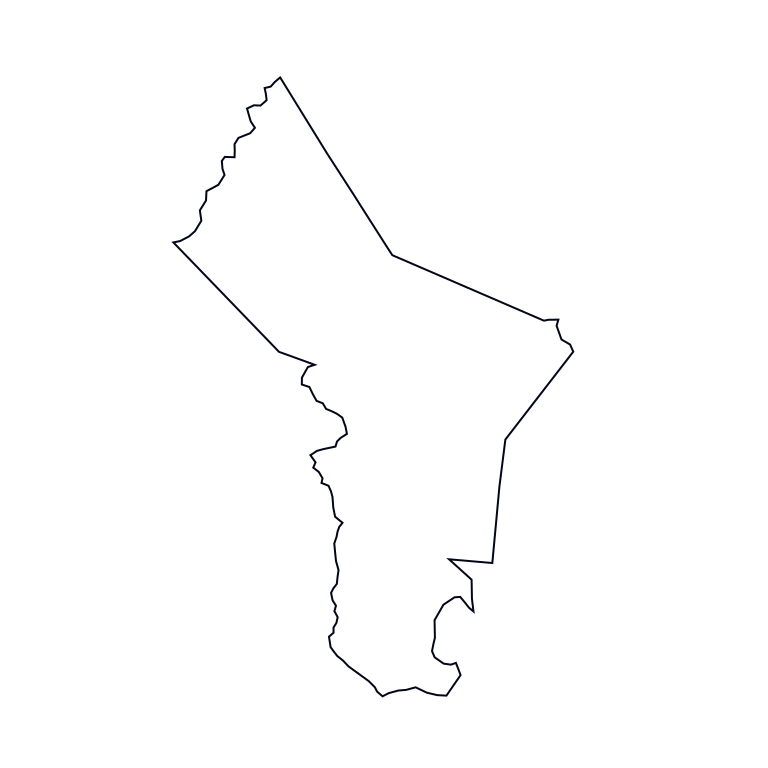 Carnaíba, Pernambuco, Brazil, rotated 173°
{"feature_id": "56859067B38312935783523", "entity_name": "Carnaíba", "entity_type": "district", "adm_level": 2, "iso_a3": "BRA", "parent_name": "Brazil", "parent_adm1": "Pernambuco", "projection": "albers", "projection_center": [-37.706, -7.797], "detail": "fine", "context": "isolated", "style": "outline", "palette": "ink", "viewbox_px": 768, "rotation_deg": 173, "n_neighbors": 0, "source": "geoboundaries", "source_scale": "gbopen_adm2", "svg_char_len": 1780}
<svg xmlns="http://www.w3.org/2000/svg" viewBox="0 0 768 768"><g transform="rotate(173 384 384)"><path d="M346.6,98.4L351.8,97.3L358.9,99.2L367.0,106.5L368.9,113.0L366.5,120.3L364.4,125.9L362.6,143.4L351.9,157.7L340.0,163.7L334.3,163.4L330.1,156.9L326.9,151.6L322.9,147.3L322.9,160.0L320.9,179.1L340.8,202.1L298.3,193.1L281.9,268.3L270.3,314.1L192.2,393.0L194.5,400.5L202.4,406.5L205.6,420.8L203.1,426.6L212.6,427.7L217.6,427.4L360.0,510.8L363.9,518.7L386.2,565.4L389.9,573.3L412.2,619.3L449.7,700.9L455.4,697.2L460.2,693.0L466.4,692.3L465.9,686.3L465.9,680.0L472.7,675.4L479.1,676.5L486.4,674.1L484.3,660.9L480.9,654.0L486.3,649.2L493.2,647.4L498.5,646.0L503.1,640.3L503.7,633.9L504.7,627.3L514.4,628.8L517.8,625.1L518.1,617.3L516.8,610.9L524.1,601.9L536.7,597.0L538.3,587.8L545.6,578.8L545.4,568.3L553.0,558.7L559.6,554.2L564.5,552.4L569.0,550.7L575.8,550.2L494.3,442.0L484.3,428.7L474.4,423.7L450.5,411.5L457.5,410.1L464.7,400.3L465.6,393.5L458.4,390.1L455.9,382.7L453.0,375.5L447.1,372.3L444.5,366.3L439.1,363.3L434.4,360.2L429.5,355.7L427.4,346.2L426.9,339.0L433.6,335.8L437.6,332.7L439.8,327.8L451.8,326.8L458.7,325.8L465.7,322.3L461.5,314.6L464.4,309.6L459.4,304.6L456.5,297.9L458.1,293.4L451.5,289.8L449.7,283.9L448.9,278.3L449.4,267.5L448.7,258.2L442.1,251.3L445.8,247.7L448.0,243.4L449.7,238.1L452.8,231.7L453.1,220.7L453.2,214.1L451.8,204.8L453.6,198.2L455.2,191.3L459.2,187.3L462.0,183.1L461.4,175.6L458.7,169.8L460.9,164.6L458.4,158.2L460.4,152.6L463.8,148.4L464.4,143.3L469.4,139.9L469.1,129.4L466.8,125.2L463.6,119.8L458.4,114.5L453.7,108.1L442.9,98.0L435.3,90.9L430.0,84.1L428.4,79.6L423.5,74.2L416.9,76.6L407.2,78.0L399.3,77.7L389.6,79.1L379.1,72.4L369.1,68.7L360.0,67.1L343.5,85.7L344.7,90.9L346.6,98.4Z" fill="none" stroke="#020617" stroke-width="2"/></g></svg>